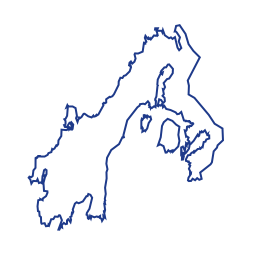 the district of Selje nor, Sogn og Fjordane, Norway, rotated 274°
{"feature_id": "86288312B90490853965577", "entity_name": "Selje nor", "entity_type": "district", "adm_level": 2, "iso_a3": "NOR", "parent_name": "Norway", "parent_adm1": "Sogn og Fjordane", "projection": "robinson", "projection_center": [5.32, 62.075], "detail": "fine", "context": "isolated", "style": "outline", "palette": "blue", "viewbox_px": 256, "rotation_deg": 274, "n_neighbors": 0, "source": "geoboundaries", "source_scale": "gbopen_adm2", "svg_char_len": 5858}
<svg xmlns="http://www.w3.org/2000/svg" viewBox="0 0 256 256"><g transform="rotate(274 128 128)"><path d="M227.6,167.9L227.8,168.7L226.7,170.0L222.1,173.5L218.0,172.6L211.5,175.6L209.2,173.6L211.6,171.8L221.9,168.5L220.0,166.2L221.4,164.5L220.4,162.7L223.1,158.2L228.1,156.0L225.8,155.6L227.3,154.8L227.0,149.9L229.6,150.8L229.4,148.2L228.0,148.1L228.0,149.4L222.5,151.2L221.9,150.6L222.5,149.9L221.9,148.9L222.2,147.5L218.0,144.6L219.1,143.8L218.2,143.2L218.1,142.5L219.4,142.0L218.6,141.3L221.2,139.0L219.1,138.5L215.3,140.3L214.5,139.3L212.4,139.5L214.2,138.9L214.3,138.0L205.2,137.3L203.0,132.9L202.9,129.8L201.8,129.4L197.8,130.7L194.6,129.8L192.5,127.7L194.2,126.5L192.1,125.6L193.7,125.4L193.3,125.0L190.6,124.7L190.1,126.4L188.9,126.8L184.6,125.7L180.4,122.0L179.7,120.2L177.5,119.0L177.6,116.9L173.8,115.5L170.3,115.6L160.8,111.7L158.6,110.2L157.5,108.0L157.8,107.4L155.1,104.2L151.9,104.5L151.0,103.2L151.5,102.3L150.5,101.3L148.9,101.9L139.4,97.5L138.1,95.7L138.7,95.5L137.1,94.0L137.0,92.9L137.9,92.5L136.0,91.0L136.9,87.5L139.2,83.7L139.0,82.7L135.6,80.8L134.6,79.4L135.1,78.9L135.1,78.3L134.4,79.3L133.3,77.9L130.5,77.2L134.2,75.5L136.5,76.2L144.2,74.3L145.6,71.3L145.3,66.6L146.5,65.9L144.3,65.2L145.2,66.5L135.9,66.4L132.9,65.1L132.3,63.9L130.6,65.2L127.9,65.4L126.6,65.1L126.4,64.1L124.7,64.9L124.5,66.8L129.2,69.3L129.4,69.9L127.4,71.0L129.4,71.4L127.6,73.1L123.2,72.8L122.5,72.3L122.6,70.7L124.5,71.4L124.9,71.4L122.6,69.6L125.5,69.2L122.2,68.0L121.6,66.5L121.7,61.8L115.3,62.0L110.8,59.5L106.9,59.5L105.2,58.3L105.7,57.7L102.4,56.1L101.3,54.6L101.8,53.8L98.6,53.2L97.4,50.4L95.6,49.7L93.7,46.8L93.4,41.3L93.9,41.5L93.8,40.3L92.1,39.6L91.3,38.6L92.1,38.6L91.6,37.9L81.8,38.5L79.1,36.6L73.5,36.3L72.2,35.0L72.6,33.1L71.5,32.4L69.7,34.2L65.8,35.5L68.6,37.1L68.6,40.5L70.6,41.3L66.9,43.0L67.6,44.7L66.9,46.0L74.0,46.1L74.5,47.6L75.0,47.9L74.7,46.5L80.0,47.2L81.0,48.4L80.2,49.7L76.4,49.9L74.2,49.1L74.3,48.1L73.7,48.7L67.3,47.5L59.4,48.6L59.2,52.0L57.8,52.2L54.3,51.0L51.7,47.9L50.0,47.9L50.9,45.7L50.4,45.9L49.7,43.5L43.6,43.2L38.8,44.0L38.4,45.3L34.2,45.9L33.0,47.4L27.4,48.0L26.5,48.5L27.2,51.5L24.3,53.0L24.7,55.2L26.1,55.4L25.3,56.1L31.6,57.7L31.9,59.9L34.6,61.3L34.5,64.2L36.2,65.4L36.0,66.3L31.4,68.5L21.8,65.7L21.8,66.6L24.9,67.9L24.2,69.2L26.5,68.7L28.9,70.6L27.7,72.4L28.2,73.8L31.6,73.6L32.9,74.7L30.0,77.2L32.5,77.6L35.2,76.6L35.9,77.8L39.4,78.0L39.0,78.7L40.6,79.3L42.8,78.6L48.8,80.3L50.3,81.9L49.5,84.1L51.6,88.1L57.1,91.3L57.2,92.4L59.4,93.0L58.7,95.2L55.9,97.1L44.8,95.2L40.4,92.9L38.6,92.7L38.1,93.8L35.1,94.3L34.6,95.0L35.1,95.6L37.4,96.2L35.2,97.3L37.6,97.8L36.6,100.6L37.6,103.1L37.0,104.5L38.3,106.3L36.2,106.4L35.7,107.8L33.5,108.6L36.2,110.0L38.6,109.6L37.1,111.4L43.4,109.7L44.1,110.4L43.5,110.7L44.6,110.9L50.7,109.6L50.6,110.5L53.2,109.8L54.0,110.4L55.6,109.8L60.6,110.4L66.8,109.3L76.2,110.2L82.4,109.6L85.4,110.4L90.9,108.9L96.9,109.2L104.9,112.8L111.3,120.2L118.5,123.1L118.8,123.9L117.7,124.9L120.3,123.9L135.6,126.7L149.4,136.0L151.1,138.0L152.6,138.3L153.3,141.5L152.9,143.3L156.0,146.0L154.1,147.7L151.4,147.1L153.2,148.1L150.3,147.8L150.2,148.5L151.3,148.6L149.5,149.2L150.7,149.6L149.8,149.5L149.6,150.4L151.5,152.5L150.7,154.0L157.0,154.0L157.9,153.5L156.7,153.4L158.7,153.1L161.2,154.1L172.3,154.5L171.8,155.2L173.5,154.2L178.4,154.3L183.7,156.4L184.5,157.5L183.9,158.4L185.9,158.8L185.2,157.5L185.6,156.7L187.3,157.2L191.0,160.1L191.2,161.8L194.0,163.3L194.3,164.6L190.1,168.7L185.8,168.8L180.2,165.6L179.5,163.5L175.3,160.4L171.4,162.1L168.9,161.0L169.2,160.1L164.2,161.4L162.5,160.2L160.6,162.4L157.3,162.9L156.0,162.0L155.8,160.9L158.2,159.1L158.8,157.1L152.2,156.0L151.9,156.7L153.2,157.1L152.6,159.0L153.8,159.9L153.1,160.3L153.6,161.1L151.2,161.5L152.6,162.7L149.7,164.8L148.9,169.2L146.9,174.5L145.2,176.1L145.7,178.0L147.7,180.0L139.4,183.3L139.3,185.2L138.8,185.2L139.2,188.3L138.6,188.2L138.5,189.6L137.1,190.1L137.4,192.3L136.7,192.8L134.4,191.0L134.4,189.5L133.1,189.0L133.9,187.8L133.4,186.8L130.1,186.7L129.3,186.2L129.6,184.8L123.4,186.6L123.8,187.1L122.7,189.1L120.3,188.4L118.8,190.2L117.4,190.4L117.4,189.0L116.1,188.6L117.0,187.1L114.7,187.6L115.3,186.9L109.3,186.3L113.3,184.0L112.3,182.4L106.4,182.8L107.2,183.2L106.4,183.3L106.6,183.8L100.2,184.0L100.4,185.1L103.7,185.7L105.3,185.3L104.6,185.0L104.9,184.3L106.9,184.5L105.7,185.0L107.1,185.2L107.0,186.2L106.2,186.4L107.5,187.7L111.5,190.2L116.7,190.9L116.5,191.7L119.9,194.5L126.2,197.9L124.7,198.8L125.2,199.5L129.3,200.1L128.8,201.4L129.8,201.8L129.0,203.0L131.1,204.9L126.9,207.5L127.5,208.0L126.4,207.8L126.3,209.5L123.2,209.8L122.0,206.9L119.8,206.2L119.3,204.5L114.1,203.8L114.4,203.3L112.4,201.8L112.8,201.4L112.3,201.4L111.9,199.0L109.8,197.1L109.9,196.5L108.7,196.1L109.2,195.4L107.9,195.1L108.3,194.0L106.8,192.3L105.4,192.1L105.0,189.7L100.6,187.9L99.2,188.2L98.8,190.9L98.0,190.7L97.3,192.6L95.7,191.5L94.8,192.7L91.5,191.6L89.5,192.9L86.4,193.1L87.3,194.0L86.5,194.0L82.7,191.8L79.9,191.5L79.3,192.4L79.6,194.6L81.9,196.0L80.6,198.6L82.8,200.5L81.3,202.7L82.4,205.0L88.6,203.1L97.5,212.9L99.6,214.1L110.7,215.1L114.6,218.1L117.0,218.6L122.4,223.6L134.1,222.3L138.3,214.1L146.7,207.7L162.7,192.2L165.7,186.1L174.5,185.8L179.5,184.3L203.5,194.7L209.5,187.8L215.8,182.6L225.9,178.8L234.2,172.3L233.2,168.9L227.6,167.9ZM121.1,161.3L112.7,159.1L113.9,161.2L112.4,164.7L106.1,167.2L106.2,168.3L108.6,169.8L107.5,171.1L108.4,172.9L107.4,172.9L108.6,174.2L107.4,174.5L113.1,179.4L118.7,180.2L124.7,178.7L132.9,179.2L134.7,175.8L138.2,171.8L139.9,166.9L136.3,163.3L132.4,161.8L121.1,161.3ZM136.3,140.8L127.6,141.4L130.2,141.8L128.7,142.8L125.3,142.6L126.8,144.9L126.1,145.5L128.9,147.2L134.4,148.3L138.2,150.5L140.9,149.6L140.4,148.4L141.6,146.6L139.7,146.2L141.0,145.3L140.3,144.6L141.8,144.4L141.8,143.3L142.7,142.8L139.3,143.0L137.3,141.9L138.0,141.1L136.3,140.8Z" fill="none" stroke="#1e3a8a" stroke-width="2"/></g></svg>